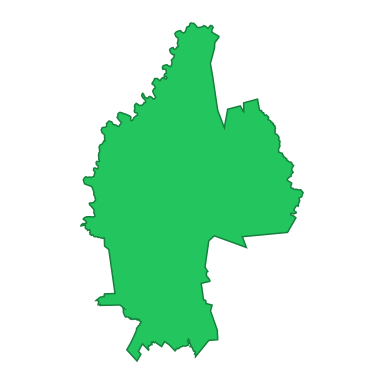 outline of Concordia, Sinaloa, Mexico
{"feature_id": "50627088B76854514222016", "entity_name": "Concordia", "entity_type": "district", "adm_level": 2, "iso_a3": "MEX", "parent_name": "Mexico", "parent_adm1": "Sinaloa", "projection": "natural_earth1", "projection_center": [-106.025, 23.421], "detail": "fine", "context": "isolated", "style": "filled", "palette": "green", "viewbox_px": 384, "rotation_deg": 0, "n_neighbors": 0, "source": "geoboundaries", "source_scale": "gbopen_adm2", "svg_char_len": 5933}
<svg xmlns="http://www.w3.org/2000/svg" viewBox="0 0 384 384"><path d="M264.9,115.3L263.9,114.0L263.6,112.7L262.7,112.6L261.7,111.6L261.3,111.1L261.4,110.5L260.1,110.5L259.5,110.0L257.5,99.1L243.6,102.9L243.8,112.5L240.3,105.9L227.7,109.2L224.3,127.7L217.7,110.3L212.8,77.2L210.4,63.4L214.5,48.1L214.8,42.7L218.8,37.4L218.8,36.3L211.9,32.2L211.9,30.0L213.2,27.3L211.7,25.6L210.4,25.5L210.0,26.2L209.3,26.5L209.0,27.7L208.3,28.3L207.7,28.2L205.8,26.4L203.7,25.6L202.8,26.6L201.8,27.0L198.1,27.6L197.2,27.4L196.2,25.8L193.7,23.3L192.5,23.4L191.4,23.0L190.5,23.1L189.9,23.7L189.4,26.1L187.7,26.6L186.5,27.6L186.1,29.9L184.8,32.3L183.6,32.9L182.0,32.4L181.1,31.1L180.3,30.6L178.4,31.0L176.3,31.9L174.9,33.5L175.7,36.2L177.9,38.2L178.2,39.9L177.3,43.4L178.3,46.4L176.8,47.2L175.9,48.8L175.0,49.3L173.7,49.0L173.2,47.7L172.2,47.6L170.3,48.7L169.6,49.8L170.1,51.8L171.4,53.6L172.5,54.5L173.8,54.5L174.5,55.1L174.1,55.7L174.0,57.0L173.7,57.6L171.3,60.1L172.0,62.1L171.8,64.4L170.6,66.6L168.5,66.0L167.1,64.8L166.2,64.8L163.2,65.7L162.3,67.4L162.9,69.3L165.0,69.0L166.0,70.1L166.4,73.0L164.6,74.1L164.2,75.3L164.8,76.8L166.6,76.8L166.9,77.5L166.7,78.2L166.3,78.8L165.3,79.0L163.2,77.3L162.5,78.0L161.8,78.2L160.0,80.7L157.0,78.4L154.6,78.6L153.9,80.6L152.1,83.2L152.2,84.2L154.0,85.0L155.1,87.1L155.0,88.5L153.7,89.0L152.7,91.3L153.9,94.2L155.6,96.8L154.8,98.6L153.1,99.0L151.9,97.5L150.2,96.4L149.0,96.6L148.0,98.1L147.2,98.2L144.7,97.0L143.5,94.0L142.6,93.3L142.0,94.3L141.7,95.7L142.7,97.7L144.9,99.8L145.5,100.9L145.5,102.4L145.0,102.7L144.1,102.6L143.4,103.9L142.0,105.3L139.3,105.4L136.4,103.4L135.9,103.6L135.8,104.2L135.0,104.5L134.4,106.8L135.1,108.3L134.4,110.2L134.3,111.6L134.8,112.5L137.1,113.0L137.6,115.1L135.4,116.3L133.6,118.1L132.7,120.2L131.5,120.6L130.7,120.1L130.9,117.0L130.1,116.2L126.0,114.3L120.4,112.4L119.5,112.5L118.1,113.5L117.9,115.5L117.1,117.4L119.6,120.8L121.5,122.3L118.9,126.4L117.8,126.5L116.3,125.2L113.2,124.4L111.7,121.9L109.0,121.0L106.4,123.7L106.7,125.7L106.4,126.6L105.1,127.3L103.0,127.4L102.1,127.8L101.3,129.6L101.4,130.8L102.1,132.8L104.0,134.2L104.5,135.2L104.6,138.6L105.1,140.7L104.9,141.1L104.1,140.7L102.2,144.0L100.4,144.7L99.1,146.7L99.7,151.2L99.4,152.4L98.6,153.4L98.8,154.6L98.4,155.5L98.8,156.6L98.7,158.9L99.6,161.1L99.3,161.5L96.8,161.4L96.1,162.3L96.4,164.6L98.0,165.8L98.2,168.1L97.1,168.9L95.4,168.0L94.2,168.0L93.7,168.4L93.5,170.2L95.1,172.2L94.3,174.2L94.1,176.1L91.6,177.4L89.4,177.0L87.5,177.5L86.1,176.8L85.6,176.9L84.7,177.5L83.3,179.8L84.3,183.2L84.7,183.9L91.4,186.4L92.4,187.9L93.7,191.6L93.9,195.0L94.8,196.4L95.1,197.2L95.0,198.0L95.7,200.0L93.7,202.4L91.3,203.0L89.6,203.0L89.3,203.8L89.9,205.1L90.9,205.7L91.2,206.4L94.1,209.7L93.8,212.7L94.8,215.0L94.9,216.2L94.5,216.7L91.7,217.0L90.7,216.7L86.4,216.8L84.0,218.0L83.4,218.8L83.3,219.4L85.4,220.7L86.5,222.2L86.5,223.1L82.6,223.8L81.2,225.0L80.9,225.9L85.3,225.0L85.4,228.3L87.5,229.7L87.7,230.4L89.5,229.7L90.3,231.9L89.7,232.8L90.3,233.6L90.1,234.5L90.8,234.6L91.3,235.3L92.7,234.7L93.8,236.3L94.6,236.7L96.9,236.7L98.4,237.5L99.2,237.1L100.6,237.9L102.1,237.9L102.7,238.3L104.3,238.0L104.6,246.2L108.8,249.4L115.0,293.5L104.5,293.9L104.1,296.6L103.0,296.4L101.8,297.1L100.5,297.0L98.0,298.8L96.1,300.5L97.7,300.5L98.7,301.2L98.1,304.8L100.1,304.4L100.0,305.4L120.1,305.0L124.5,308.8L123.1,308.6L123.4,309.9L123.3,311.9L124.2,314.7L125.3,316.7L125.8,317.0L127.2,316.8L128.3,317.1L129.8,318.6L130.8,317.8L131.0,318.6L130.7,319.0L131.0,319.3L131.9,319.1L132.7,319.5L133.5,318.9L134.6,319.3L135.9,318.6L136.2,319.3L137.0,319.2L137.1,319.9L137.7,319.9L138.1,319.1L139.5,319.8L139.4,320.2L139.0,320.4L141.2,322.1L139.8,323.9L139.9,324.9L138.3,325.8L137.7,327.3L136.6,328.2L136.5,329.1L136.7,329.5L135.2,333.4L131.2,342.0L126.8,349.8L137.0,361.0L140.9,354.2L138.4,351.4L142.4,343.9L148.5,350.1L148.9,349.6L148.7,349.0L148.1,348.6L148.0,347.9L148.6,345.8L149.0,346.2L150.7,344.9L152.0,344.6L151.4,342.4L152.1,341.9L152.6,342.6L153.5,342.0L154.3,342.7L155.5,342.1L156.2,342.9L161.7,346.6L164.6,341.6L169.4,344.9L175.0,350.9L175.6,350.5L176.1,349.0L177.2,348.8L177.4,348.3L178.2,348.3L178.5,348.6L180.7,346.8L181.6,346.8L182.7,346.0L185.8,346.1L188.3,345.1L188.4,343.8L188.8,343.1L188.5,343.0L187.6,341.5L187.8,340.6L188.3,340.1L188.4,339.3L189.2,340.3L190.0,343.6L191.0,345.5L190.2,346.0L190.0,346.6L192.0,347.1L193.5,350.9L194.1,351.4L195.1,351.4L195.4,352.2L194.5,354.0L196.0,354.6L195.5,355.5L195.5,356.7L208.8,340.4L217.7,339.7L217.3,330.2L210.5,310.9L212.1,305.1L206.1,303.5L205.6,300.3L203.6,299.9L201.2,283.4L209.8,281.3L209.8,280.4L209.3,279.4L207.8,277.3L206.6,276.4L206.4,273.4L206.7,272.1L207.8,271.6L205.0,267.2L208.8,240.8L214.3,235.8L246.4,247.5L242.3,236.7L287.5,232.4L295.9,217.8L293.7,216.0L291.0,215.1L290.7,214.7L290.8,213.7L291.8,213.1L292.5,213.6L293.7,213.9L296.2,212.9L296.2,212.2L295.0,211.6L294.1,210.4L294.1,209.2L296.2,206.0L297.1,205.7L298.3,206.1L298.4,203.5L299.2,202.3L299.7,200.5L299.0,198.4L299.5,197.8L301.6,196.9L303.1,192.5L302.6,191.9L301.8,191.5L301.4,190.2L300.3,189.8L298.3,189.9L296.2,189.2L294.2,189.5L293.0,188.4L291.6,188.2L291.1,187.6L290.7,185.8L291.7,184.0L291.6,183.0L287.3,180.3L287.5,178.7L288.6,178.0L289.4,176.9L290.9,176.5L291.2,176.0L291.0,174.9L291.2,174.1L293.1,172.6L293.0,172.0L292.3,171.4L291.7,169.7L292.2,167.7L293.5,166.0L293.6,165.6L291.9,164.0L291.8,163.0L291.0,162.1L289.2,162.1L288.3,161.1L287.1,160.6L286.6,158.7L285.6,158.4L284.9,157.3L283.3,156.6L283.5,155.9L282.5,154.4L282.3,153.3L280.3,152.8L279.8,152.3L278.6,152.2L278.6,149.0L280.0,145.9L279.7,145.5L279.6,143.9L280.0,141.5L279.7,140.6L278.8,140.3L278.7,139.2L279.1,137.8L278.5,136.3L276.9,134.5L275.6,133.8L274.9,132.9L274.8,132.0L275.4,131.1L274.8,129.7L275.5,128.2L275.0,127.5L275.0,126.2L274.4,125.3L273.5,125.2L273.3,123.6L272.9,123.7L271.7,122.1L271.1,122.1L270.6,120.8L268.0,119.5L268.7,117.6L268.2,116.8L266.4,115.0L264.9,115.3Z" fill="#22c55e" stroke="#15803d" stroke-width="1.5"/></svg>